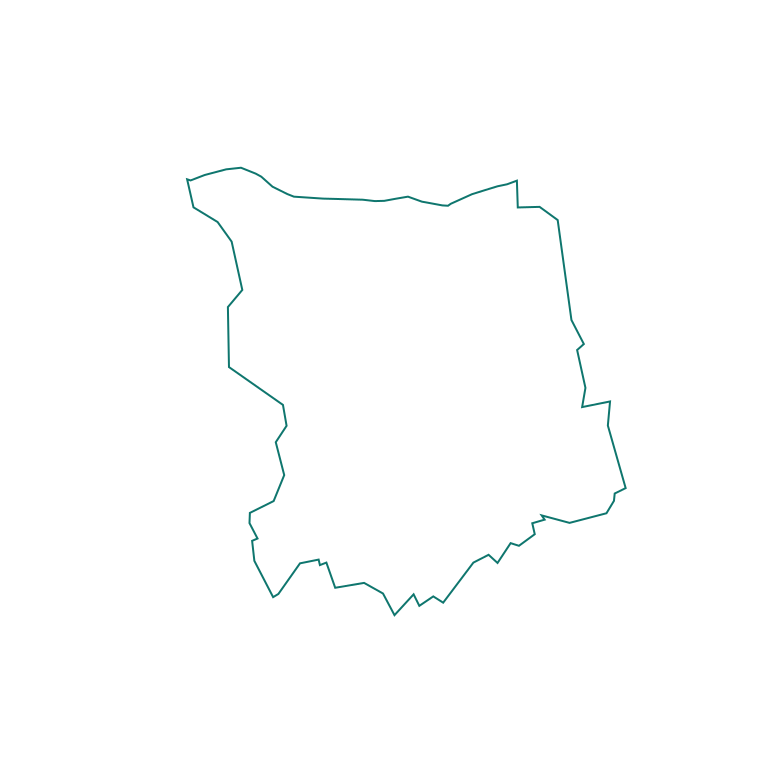 Teartse, Tearce, North Macedonia, rotated 24°
{"feature_id": "65306769B20870628535314", "entity_name": "Teartse", "entity_type": "district", "adm_level": 2, "iso_a3": "MKD", "parent_name": "North Macedonia", "parent_adm1": "Tearce", "projection": "albers", "projection_center": [21.037, 42.097], "detail": "fine", "context": "isolated", "style": "outline", "palette": "teal", "viewbox_px": 768, "rotation_deg": 24, "n_neighbors": 0, "source": "geoboundaries", "source_scale": "gbopen_adm2", "svg_char_len": 1149}
<svg xmlns="http://www.w3.org/2000/svg" viewBox="0 0 768 768"><g transform="rotate(24 384 384)"><path d="M641.6,397.2L639.3,390.2L647.1,380.8L605.4,330.9L597.6,308.0L574.4,324.5L569.6,305.6L546.6,274.4L550.3,266.2L529.2,249.3L476.0,163.6L454.1,158.9L434.4,168.3L422.7,144.2L415.2,151.5L407.3,157.2L397.2,166.0L387.2,174.8L371.7,192.2L370.0,195.1L364.7,197.1L348.5,201.0L344.5,202.0L329.7,203.1L319.5,209.9L309.7,216.6L301.3,220.6L289.6,224.3L264.8,234.5L253.0,239.4L225.5,249.5L218.4,249.8L201.9,249.1L187.5,244.5L181.2,244.0L165.4,244.6L152.5,252.1L135.2,266.0L124.5,276.7L120.9,277.1L138.1,300.1L166.1,303.7L186.9,315.9L216.3,355.7L210.1,377.2L235.5,431.6L300.2,444.2L312.0,461.8L308.8,481.2L329.9,507.8L330.8,535.8L313.9,556.3L317.7,565.8L331.3,576.6L327.3,580.9L337.5,598.3L369.4,623.8L372.9,618.8L380.2,582.0L395.7,571.0L399.1,575.5L404.0,570.6L422.3,590.0L446.7,573.8L468.3,575.8L487.6,590.9L496.6,564.1L506.5,572.3L515.4,558.0L527.0,559.7L538.3,510.8L549.0,497.5L560.5,501.3L564.4,477.9L573.1,476.9L582.8,459.9L576.1,450.9L585.9,442.6L581.5,439.9L610.0,435.4L639.8,411.6L641.6,397.2Z" fill="none" stroke="#0f766e" stroke-width="2"/></g></svg>